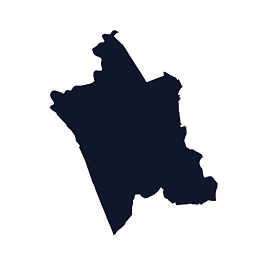 Tudora, Botosani, Romania, rotated 72°
{"feature_id": "2599482B63139425196950", "entity_name": "Tudora", "entity_type": "district", "adm_level": 2, "iso_a3": "ROU", "parent_name": "Romania", "parent_adm1": "Botosani", "projection": "orthographic", "projection_center": [26.654, 47.501], "detail": "fine", "context": "isolated", "style": "filled", "palette": "ink", "viewbox_px": 256, "rotation_deg": 72, "n_neighbors": 0, "source": "geoboundaries", "source_scale": "gbopen_adm2", "svg_char_len": 5635}
<svg xmlns="http://www.w3.org/2000/svg" viewBox="0 0 256 256"><g transform="rotate(72 128 128)"><path d="M72.4,164.9L72.5,166.1L72.7,166.8L73.6,168.0L75.0,169.7L75.8,171.1L74.8,172.1L73.9,174.2L74.0,175.6L74.8,176.4L75.7,177.3L76.3,178.6L76.2,179.4L75.9,179.9L74.7,180.3L73.7,181.8L71.5,184.5L70.1,186.9L70.2,188.5L71.0,190.0L71.9,190.7L73.6,191.4L74.9,191.3L76.7,190.9L79.5,190.0L81.7,189.9L83.3,190.6L83.6,193.7L84.5,195.3L86.2,194.4L87.0,194.2L90.8,190.9L91.1,190.7L92.3,190.7L93.0,190.9L93.9,190.4L105.3,185.0L106.5,184.4L107.0,184.9L110.4,183.3L110.5,183.2L110.3,182.9L111.2,182.5L114.4,181.4L119.0,180.1L119.7,180.2L122.9,180.4L124.0,180.8L125.8,180.0L127.5,179.4L129.0,178.7L130.4,178.3L131.3,179.7L145.6,178.2L168.9,177.8L173.5,177.2L173.9,177.0L174.2,177.2L175.6,177.3L186.1,176.6L194.1,176.2L195.8,175.9L209.0,175.1L221.2,174.1L224.6,174.0L224.3,173.4L224.2,173.2L223.9,172.6L223.4,172.1L222.4,171.1L222.1,170.3L221.7,169.7L221.5,168.9L220.9,167.6L220.9,167.2L220.5,166.0L218.5,161.7L216.1,159.4L215.7,158.9L214.8,157.1L214.3,156.2L213.1,154.6L212.9,154.2L212.2,152.8L212.0,152.4L211.0,151.5L210.0,151.3L209.9,151.2L209.2,151.0L208.9,150.9L207.0,150.2L206.5,150.1L204.0,149.2L202.3,148.0L200.7,147.2L199.6,146.8L199.4,146.8L198.3,146.4L197.9,146.2L196.7,144.6L196.2,144.2L195.7,143.8L194.3,143.2L192.5,141.7L193.1,140.3L194.1,136.7L194.6,136.1L196.1,136.1L198.1,134.6L199.2,133.3L199.6,133.0L199.8,131.1L199.6,130.3L198.8,125.0L198.7,124.5L198.6,124.0L198.5,123.3L198.1,122.4L196.7,119.1L196.3,118.5L195.2,117.2L194.2,116.0L193.7,115.2L193.7,114.8L194.3,114.3L194.6,114.0L194.8,114.0L195.2,113.8L197.1,112.7L197.6,112.4L198.1,112.5L199.1,113.2L199.5,113.6L199.6,113.8L203.6,114.2L204.4,114.1L205.4,114.0L205.7,113.7L206.1,113.4L206.3,113.0L206.3,112.8L206.6,112.6L206.7,112.2L206.9,112.1L207.0,111.9L207.4,111.6L207.7,111.6L208.5,111.1L209.2,111.0L209.3,110.8L210.7,109.9L211.8,109.3L212.9,108.6L212.8,108.3L212.7,108.0L212.6,107.3L212.6,106.9L212.5,105.8L212.5,105.5L213.0,105.3L213.9,105.2L215.7,105.3L217.5,97.3L217.9,96.1L218.1,95.4L218.2,93.3L218.9,91.0L219.4,90.4L220.2,89.1L220.3,88.1L220.2,87.8L220.5,87.2L220.8,87.1L221.4,86.1L221.7,85.3L221.6,84.9L221.2,84.6L221.0,84.1L221.0,83.6L220.9,83.2L221.0,83.0L221.6,82.8L221.6,82.5L222.1,82.1L222.5,82.1L222.8,81.8L222.8,81.6L222.5,80.8L222.1,80.6L221.9,79.4L221.8,79.1L221.8,78.3L221.8,77.6L221.5,76.9L221.4,76.3L221.3,76.2L221.3,75.7L221.1,75.5L220.6,74.0L222.2,71.0L222.7,70.1L223.3,68.5L223.4,68.0L223.4,67.6L223.5,67.2L220.9,66.8L220.0,66.5L217.9,65.8L217.3,65.6L216.9,65.5L215.0,64.5L213.9,63.8L213.1,63.3L211.1,61.6L208.4,60.9L208.2,60.7L208.0,61.0L206.1,61.6L204.5,62.3L203.4,62.6L201.3,63.4L200.5,63.9L200.4,64.2L200.3,64.3L199.9,65.2L199.8,65.5L199.7,66.8L199.7,68.2L199.8,68.9L199.8,69.5L199.6,70.2L199.4,70.8L199.3,71.0L199.0,71.6L198.9,71.7L198.6,71.8L198.3,71.8L197.4,71.7L196.9,71.8L196.3,71.8L196.1,71.6L195.3,71.6L193.2,71.3L191.7,70.9L191.2,71.0L191.0,70.9L190.8,71.0L190.4,70.8L190.2,70.8L189.0,71.0L188.2,71.4L187.4,71.8L185.6,71.8L184.1,71.7L183.4,71.8L183.1,71.6L182.5,71.2L181.3,70.7L181.1,70.5L180.8,70.4L180.0,69.6L179.6,68.9L179.4,68.9L179.0,68.4L178.5,67.0L178.4,66.9L178.3,66.5L178.0,66.5L177.6,66.7L176.6,66.7L176.4,66.7L176.1,67.0L174.8,67.9L174.5,68.4L174.1,68.6L173.5,69.1L173.2,69.6L172.6,70.1L171.7,71.2L171.5,71.4L170.8,71.8L170.3,72.4L169.8,72.7L169.4,73.2L168.7,73.7L168.6,73.8L168.6,74.6L168.5,75.4L168.4,75.7L168.3,75.9L168.3,76.0L167.7,76.3L167.4,76.8L167.2,76.9L166.8,77.1L164.7,79.1L163.0,79.2L162.8,79.3L162.4,79.3L162.1,79.3L161.8,79.2L161.3,79.1L160.9,79.3L160.5,79.3L159.3,79.0L159.1,79.0L158.4,79.3L157.7,79.5L157.4,79.5L157.0,79.0L156.2,78.7L155.8,78.3L155.7,78.3L155.5,78.1L154.7,77.3L154.2,77.0L153.4,76.7L152.9,76.4L151.9,75.3L151.2,74.8L150.6,74.5L148.8,74.0L147.8,73.9L145.5,73.3L145.3,73.2L145.3,73.4L145.3,73.6L145.1,73.8L144.7,74.1L144.2,74.1L144.4,74.6L144.4,76.5L144.4,77.0L144.5,77.0L143.8,77.8L143.6,78.0L143.3,78.7L143.1,78.8L140.0,77.5L140.4,77.1L140.5,76.7L139.7,77.0L139.1,77.3L138.5,77.2L137.2,76.7L132.1,75.8L129.1,75.1L129.1,75.6L128.9,75.5L127.8,75.2L127.2,75.1L126.8,74.9L126.4,74.8L124.3,74.1L122.9,73.8L122.5,73.6L120.4,73.0L119.9,72.7L118.4,73.2L118.0,72.6L117.9,72.6L117.5,72.0L115.8,69.7L115.3,70.2L114.9,70.5L115.0,70.8L114.2,71.2L113.2,69.5L112.8,70.0L111.4,71.2L108.8,69.1L105.8,65.8L105.5,65.5L105.6,65.2L105.3,64.2L104.4,64.5L98.2,65.3L98.3,66.0L98.5,67.0L95.3,67.5L95.4,67.9L94.8,68.3L90.8,72.3L89.4,73.4L86.7,75.9L86.5,76.4L90.0,77.0L90.1,78.4L90.3,82.2L90.6,88.1L90.7,91.1L91.0,96.7L91.0,96.8L81.6,99.0L74.8,100.8L73.8,101.1L48.1,107.6L47.8,107.7L47.3,108.2L43.0,110.6L35.9,114.2L34.1,111.1L33.5,108.6L32.6,109.4L31.7,110.5L31.5,111.0L31.4,111.4L31.5,112.0L31.6,112.3L31.8,112.7L33.7,115.3L33.9,115.5L33.9,116.1L33.9,117.0L33.6,117.8L32.3,120.4L31.9,121.5L31.9,122.3L32.1,123.2L32.3,123.4L32.7,123.6L34.4,123.5L37.9,122.7L38.5,122.9L39.4,123.5L39.5,124.0L39.6,124.8L39.1,127.5L39.0,128.6L39.5,129.6L40.9,131.9L41.3,132.9L41.6,134.4L41.9,136.0L42.2,136.7L42.5,137.1L42.9,137.2L44.1,137.1L45.6,137.1L46.7,136.9L47.5,136.6L48.2,136.2L49.3,135.3L51.1,132.9L51.8,132.2L52.7,131.5L53.2,131.3L53.8,131.1L55.0,131.3L55.7,131.5L57.8,132.7L59.3,133.2L60.7,133.4L63.8,133.5L64.7,133.9L65.5,134.4L65.7,134.6L66.0,135.1L66.0,135.3L66.0,135.8L65.8,136.9L65.4,137.7L64.4,139.8L64.1,140.6L64.1,141.4L64.3,142.0L64.6,142.4L64.9,142.8L65.2,143.0L66.3,143.6L66.7,143.8L68.5,144.2L72.9,144.6L73.3,144.7L73.6,145.0L73.9,145.6L74.2,146.3L74.4,146.9L74.7,148.3L74.8,149.0L74.9,150.2L74.9,151.3L74.6,153.0L74.4,156.5L73.8,160.4L72.5,164.1L72.4,164.9Z" fill="#0f172a" stroke="#020617" stroke-width="1.5"/></g></svg>